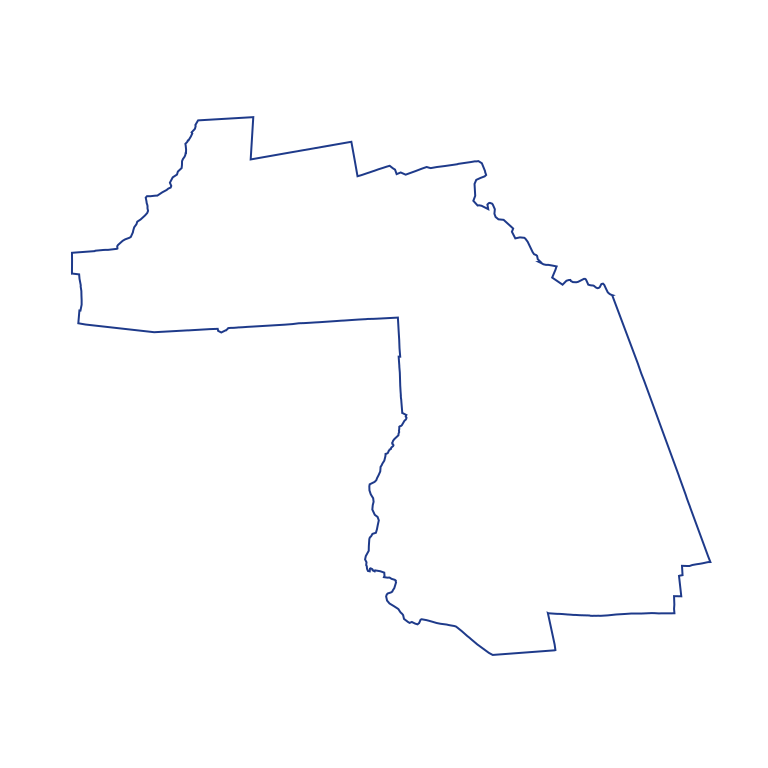 outline of Luis Moya, Zacatecas, Mexico, rotated 170°
{"feature_id": "50627088B79504464197086", "entity_name": "Luis Moya", "entity_type": "district", "adm_level": 2, "iso_a3": "MEX", "parent_name": "Mexico", "parent_adm1": "Zacatecas", "projection": "robinson", "projection_center": [-102.22, 22.434], "detail": "fine", "context": "isolated", "style": "outline", "palette": "blue", "viewbox_px": 768, "rotation_deg": 170, "n_neighbors": 0, "source": "geoboundaries", "source_scale": "gbopen_adm2", "svg_char_len": 6062}
<svg xmlns="http://www.w3.org/2000/svg" viewBox="0 0 768 768"><g transform="rotate(170 384 384)"><path d="M441.9,628.3L476.3,628.3L466.4,669.5L521.3,675.9L521.5,675.7L524.8,671.8L524.7,670.7L525.8,668.3L526.2,667.9L529.8,665.2L529.3,664.0L531.3,661.2L534.3,657.8L534.9,657.9L535.7,656.6L537.9,655.0L537.9,653.2L538.2,649.2L538.9,645.9L539.2,646.0L539.9,644.1L540.1,643.7L540.9,642.5L543.0,640.4L544.2,638.5L544.9,634.9L545.8,631.8L550.1,629.0L551.5,626.2L556.2,624.2L559.9,619.4L559.1,616.0L560.0,614.5L562.5,613.9L564.4,612.8L569.0,611.3L574.5,608.9L576.6,609.2L581.6,609.5L584.8,610.1L586.3,608.9L586.2,605.2L586.3,603.4L586.0,601.4L586.0,600.2L586.4,598.1L586.3,595.5L587.5,593.5L590.2,591.4L595.1,588.3L598.8,586.7L600.0,584.4L602.8,581.7L604.3,578.7L605.0,576.9L607.8,572.8L609.4,572.2L613.8,571.4L616.5,570.4L618.6,569.1L621.8,567.1L622.8,566.0L623.0,563.7L623.6,563.5L632.2,564.0L634.5,564.4L636.8,564.7L645.2,565.4L645.8,565.1L668.5,567.4L669.7,560.2L670.9,553.6L672.0,547.7L672.1,546.9L671.9,546.9L665.2,544.9L665.6,540.5L665.5,533.9L665.8,532.7L665.9,528.1L666.6,523.6L667.2,519.1L668.0,514.6L670.2,509.0L671.2,509.3L674.5,496.9L667.6,494.4L601.3,474.9L586.4,473.1L578.0,472.1L567.9,470.9L567.6,470.8L557.3,469.6L546.1,468.3L538.2,467.2L538.1,465.1L535.3,463.0L530.1,464.5L530.0,464.4L528.1,465.7L527.7,466.1L525.4,465.9L523.7,465.6L521.3,465.3L521.1,465.3L519.1,465.1L517.6,465.0L516.9,464.9L513.8,464.5L509.9,464.1L509.6,464.1L502.1,463.2L477.8,460.4L471.8,459.7L463.7,458.9L457.3,458.6L451.8,457.8L446.6,457.2L441.2,456.6L437.1,456.1L430.5,455.4L420.2,454.3L415.2,453.8L412.1,453.4L405.4,452.7L397.9,451.9L390.5,451.0L388.9,450.9L382.4,449.9L375.3,449.0L358.8,447.0L359.9,437.6L360.4,433.4L361.4,424.6L362.3,418.1L362.5,416.6L362.9,412.5L363.3,408.1L364.8,408.4L364.9,407.6L365.8,398.8L365.9,398.5L366.4,392.9L366.6,391.3L368.4,378.9L368.4,378.7L369.0,373.6L369.4,369.7L369.5,369.6L369.8,366.5L369.7,366.2L370.0,363.3L371.0,352.6L371.1,352.4L367.4,349.6L367.5,349.5L368.3,348.1L367.7,347.0L367.8,346.6L368.2,345.8L368.8,345.1L370.2,344.3L373.6,340.3L374.4,339.8L375.8,339.6L376.4,339.2L376.6,337.9L377.0,336.4L377.4,335.4L377.4,334.0L378.3,332.6L378.7,331.0L382.4,328.6L383.7,327.7L384.3,327.1L385.0,326.4L385.5,325.4L386.2,324.6L386.2,323.6L385.6,323.1L385.3,322.1L385.8,321.3L387.9,320.1L388.5,318.8L389.9,318.5L390.3,317.7L391.0,317.3L392.1,315.5L393.5,314.9L394.6,314.9L395.1,312.8L397.0,308.5L399.4,305.9L400.4,304.4L401.8,302.9L402.1,301.5L402.9,298.5L405.2,295.1L407.2,292.5L408.3,290.6L410.3,289.2L415.5,287.7L416.2,285.9L416.8,281.8L416.2,277.7L415.4,275.6L414.5,273.4L414.7,269.8L416.1,266.7L417.3,262.4L415.8,256.8L413.4,254.2L412.8,250.6L414.5,246.5L416.2,242.1L417.8,238.9L421.4,238.4L423.1,236.3L424.6,235.3L425.4,233.8L427.1,226.9L428.0,222.4L431.8,217.7L433.1,214.5L432.2,211.5L433.0,208.7L432.6,207.6L432.8,205.0L432.3,202.7L430.6,202.0L429.9,204.6L429.2,204.8L427.7,203.7L427.3,202.8L427.5,202.4L425.7,201.1L425.1,202.0L420.3,200.3L416.5,198.2L416.8,195.1L417.6,193.8L414.3,192.7L412.1,192.4L410.4,190.8L407.4,189.3L406.5,188.3L406.8,187.3L406.6,186.5L409.3,181.2L411.2,179.2L411.9,178.1L413.4,177.5L416.6,177.1L417.6,176.4L417.9,176.1L418.8,174.4L418.6,170.2L416.7,166.9L412.8,163.5L409.9,160.8L408.9,159.8L408.0,157.6L407.3,156.1L406.1,154.6L405.3,153.1L405.1,149.2L401.7,145.5L400.3,144.3L397.9,144.8L394.9,142.6L392.7,141.5L391.0,142.5L390.9,142.5L388.9,145.5L387.8,145.8L383.2,144.1L380.8,143.0L377.7,141.5L373.7,139.5L370.1,138.1L365.6,136.7L364.0,136.2L362.4,135.5L360.3,134.7L356.9,133.5L355.3,132.7L353.8,131.1L352.6,129.7L350.4,127.2L345.8,121.4L343.9,119.3L342.4,117.4L340.8,115.5L337.4,111.4L327.4,101.0L324.0,98.3L262.2,92.1L261.4,92.2L261.2,97.8L262.4,130.0L262.0,129.7L255.2,128.0L253.1,127.5L251.9,127.3L249.2,126.7L247.6,126.3L246.1,125.9L243.1,125.1L241.8,124.8L239.4,124.2L238.0,123.8L235.4,123.3L231.3,122.3L222.0,120.4L220.9,119.9L220.0,119.7L219.2,119.5L217.5,119.3L214.7,118.8L212.9,118.5L211.1,118.1L206.6,117.6L204.0,117.3L201.2,117.1L195.4,116.7L185.9,115.6L180.2,115.0L170.7,113.3L160.1,111.9L159.6,111.8L158.0,111.5L153.4,110.4L149.0,109.7L141.1,108.3L137.8,107.8L137.4,112.2L136.4,116.2L135.2,124.7L128.1,123.3L126.8,143.8L125.9,143.9L123.2,143.9L122.1,153.2L117.9,152.3L114.8,151.7L111.8,152.2L109.0,152.2L107.3,152.2L104.1,152.1L101.5,152.1L96.9,152.3L95.5,152.3L93.5,152.0L94.7,157.9L103.8,208.6L104.2,211.2L104.5,212.6L105.6,218.8L106.1,222.4L109.4,241.4L109.5,242.3L119.1,296.0L121.7,310.8L127.3,342.2L128.8,349.6L130.1,357.7L130.4,359.7L131.5,365.6L143.8,431.5L143.3,431.6L144.6,432.3L146.2,433.5L147.7,435.4L148.6,438.5L149.2,440.7L149.9,443.4L150.9,444.8L152.5,444.7L153.3,443.8L154.6,442.0L155.9,441.3L157.2,441.3L158.5,442.2L160.2,444.2L161.0,444.7L162.7,445.1L164.3,445.7L165.6,446.4L165.9,447.7L166.7,450.8L167.1,452.0L167.7,452.6L168.9,452.8L175.1,450.9L177.0,450.8L178.7,451.2L180.2,451.5L181.2,452.3L182.1,453.0L182.4,454.1L184.0,454.3L186.4,454.0L190.9,450.8L199.9,459.6L195.2,466.9L194.2,468.9L193.6,469.8L195.8,470.7L197.9,471.5L201.5,472.8L203.8,473.2L206.2,474.2L208.3,475.9L210.4,477.4L208.8,477.3L210.9,480.2L211.0,483.6L211.7,484.5L213.7,485.8L214.7,488.0L217.8,499.1L219.5,502.5L220.4,503.6L224.7,504.8L229.4,504.6L231.6,511.7L230.8,513.0L229.8,514.7L237.7,524.9L242.7,526.3L245.1,529.1L245.7,532.5L244.5,536.9L245.7,541.8L246.2,542.8L248.3,544.0L249.4,543.9L251.0,542.8L251.0,538.1L257.0,542.6L259.4,543.5L260.8,543.5L264.2,548.9L261.5,553.5L260.1,565.3L257.7,569.0L253.1,570.2L248.8,571.0L247.1,572.1L247.6,575.2L247.5,576.0L249.3,584.4L252.3,587.1L254.7,587.2L255.7,587.5L260.0,587.5L272.7,587.9L273.6,587.7L277.1,587.8L286.3,588.1L294.2,588.5L298.6,588.5L300.5,588.5L302.1,589.2L302.9,589.6L304.3,590.3L306.2,590.0L308.1,589.7L309.3,589.5L316.0,588.2L323.5,586.9L326.3,586.4L330.2,589.0L330.8,589.4L335.1,588.5L335.9,593.2L337.7,594.8L340.5,597.9L343.5,597.6L347.6,597.0L352.2,596.4L352.8,596.3L356.8,595.6L357.7,595.5L361.4,594.9L363.6,594.6L369.4,593.7L371.0,593.5L374.0,593.2L374.0,610.1L374.1,628.2L441.9,628.3Z" fill="none" stroke="#1e3a8a" stroke-width="2"/></g></svg>